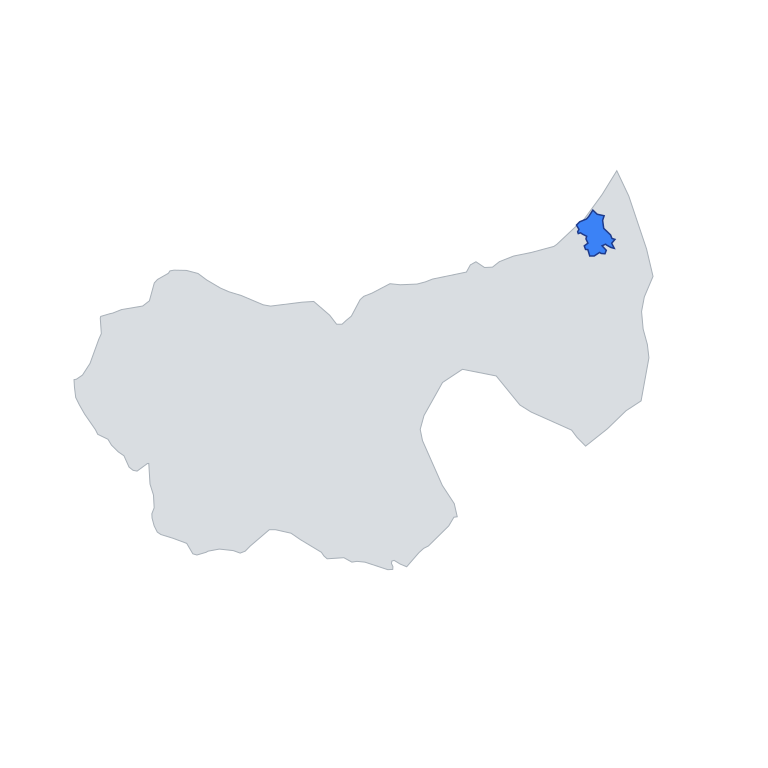 where Priekules sits in Latvia, rotated 160°
{"feature_id": "LVA-5715", "entity_name": "Priekules", "entity_type": "Municipality", "adm_level": 1, "iso_a3": "LVA", "parent_name": "Latvia", "parent_adm1": "", "projection": "mercator", "projection_center": [21.576, 56.419], "detail": "fine", "context": "in_parent", "style": "filled", "palette": "blue", "viewbox_px": 768, "rotation_deg": 160, "n_neighbors": 0, "source": "natural_earth", "source_scale": "10m", "svg_char_len": 2341}
<svg xmlns="http://www.w3.org/2000/svg" viewBox="0 0 768 768"><g transform="rotate(160 384 384)"><path d="M546.5,563.5L542.4,562.8L530.8,558.3L521.0,551.5L515.1,542.5L504.9,530.1L498.3,523.8L487.8,515.9L470.4,499.7L464.0,496.0L433.0,488.9L421.8,485.6L411.5,467.2L408.1,456.4L403.0,454.5L397.5,456.8L391.5,458.9L377.5,471.5L373.0,473.3L364.3,473.5L344.1,476.2L334.8,471.7L318.8,466.6L310.2,465.8L302.5,466.0L268.3,461.0L262.1,466.4L255.8,467.4L249.7,459.1L242.1,456.7L233.7,459.5L218.5,459.9L200.4,457.2L177.3,455.2L173.9,456.1L148.3,467.1L142.0,468.8L114.3,487.4L92.3,504.8L89.7,477.0L91.1,421.1L94.4,393.1L109.6,376.8L117.2,364.0L121.7,347.0L123.0,331.1L126.1,318.0L148.2,280.2L165.7,276.1L189.4,265.5L215.8,256.7L220.9,267.9L223.5,276.5L255.4,307.4L263.5,317.8L275.8,353.2L305.3,371.0L328.5,365.4L338.6,356.7L357.2,340.7L365.5,329.0L367.2,317.6L363.9,268.8L358.9,247.5L360.6,234.2L363.9,234.9L371.7,228.5L397.7,216.6L402.9,216.0L408.8,213.6L425.2,204.5L430.4,209.3L434.8,214.8L437.2,214.9L438.4,212.8L438.1,209.3L439.2,206.8L443.9,208.2L462.8,223.1L470.1,226.6L475.1,227.6L481.1,234.5L497.2,239.2L499.2,242.8L500.4,247.3L515.6,266.1L522.4,275.6L535.8,284.2L541.6,286.3L565.1,277.5L571.6,274.4L577.0,274.3L582.6,279.0L595.2,285.2L606.6,287.1L608.7,286.7L618.3,287.3L621.7,289.8L623.9,301.7L634.9,311.1L645.1,318.8L647.7,322.4L648.5,329.3L647.8,337.4L646.5,341.5L642.3,346.3L638.6,358.5L638.1,370.0L632.2,389.8L633.5,390.2L645.8,386.6L649.3,388.7L652.0,393.1L652.9,405.5L656.9,411.1L661.0,419.8L662.3,426.5L670.2,434.6L670.8,439.8L675.6,458.1L677.4,468.7L678.3,476.8L675.9,487.1L673.8,494.1L671.4,493.7L664.3,495.5L653.2,503.9L636.7,523.6L632.4,528.0L628.1,542.9L627.1,544.4L617.4,543.8L614.8,543.4L605.1,543.7L584.1,539.8L576.0,542.4L565.3,557.5L561.1,559.7L548.7,561.8L546.5,563.5Z" fill="#d9dde1" stroke="#a8b0b8" stroke-width="1"/><path d="M148.8,467.5L144.6,469.5L137.3,469.8L134.3,471.4L128.3,476.0L125.6,470.6L119.6,466.8L122.6,463.0L124.3,455.1L120.1,446.6L120.0,442.8L117.5,440.9L121.9,438.4L121.2,432.7L124.0,434.6L127.3,438.4L128.0,439.6L131.8,439.3L129.4,433.6L131.8,430.8L135.3,432.4L136.4,433.9L142.7,432.4L146.9,433.9L146.5,440.6L148.6,441.5L148.6,445.3L144.2,446.6L144.6,451.3L143.0,453.5L146.0,456.7L147.7,458.9L150.0,458.9L150.0,460.8L147.9,462.7L148.8,467.5Z" fill="#3b82f6" stroke="#1e3a8a" stroke-width="1.5"/></g></svg>